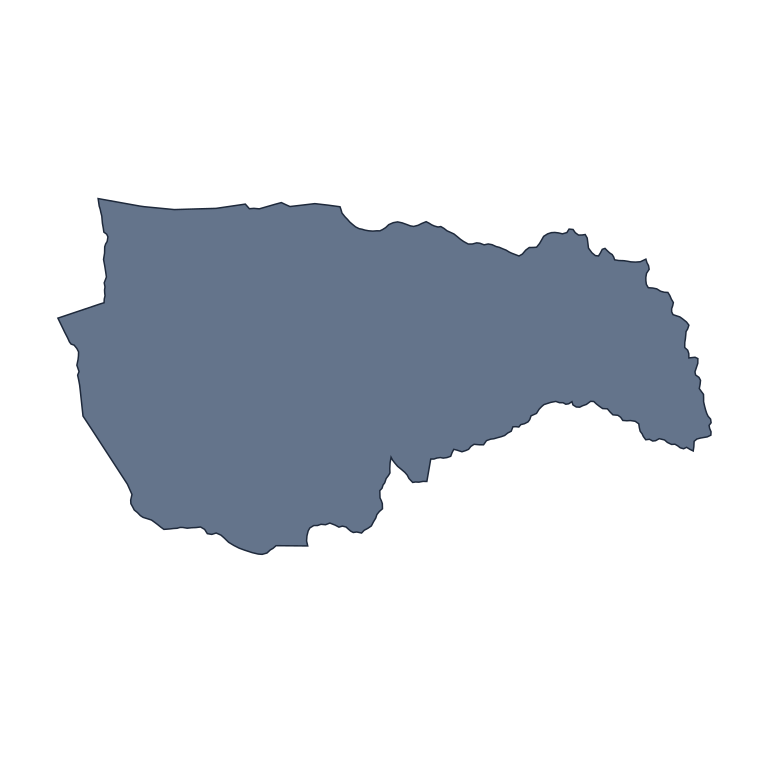 outline of Ibitiara, Bahia, Brazil, rotated 183°
{"feature_id": "56859067B85729192987981", "entity_name": "Ibitiara", "entity_type": "district", "adm_level": 2, "iso_a3": "BRA", "parent_name": "Brazil", "parent_adm1": "Bahia", "projection": "orthographic", "projection_center": [-42.366, -12.553], "detail": "fine", "context": "isolated", "style": "filled", "palette": "slate", "viewbox_px": 768, "rotation_deg": 183, "n_neighbors": 0, "source": "geoboundaries", "source_scale": "gbopen_adm2", "svg_char_len": 4952}
<svg xmlns="http://www.w3.org/2000/svg" viewBox="0 0 768 768"><g transform="rotate(183 384 384)"><path d="M669.6,489.6L668.9,486.6L667.7,480.9L666.8,476.3L668.7,470.4L667.7,466.3L668.0,463.3L667.7,460.3L667.2,457.5L667.8,454.3L667.8,450.5L671.7,449.1L713.1,432.7L707.2,422.0L705.8,419.4L702.3,413.4L700.4,409.7L698.6,407.5L695.5,406.6L692.6,403.4L690.7,400.1L690.6,396.0L690.8,392.5L691.7,386.7L690.5,383.7L689.2,380.4L690.4,376.8L689.1,372.0L687.9,367.0L687.1,362.3L682.9,336.2L677.8,329.3L672.6,322.2L635.0,270.5L629.9,260.5L630.9,254.8L630.5,251.2L628.5,248.0L626.8,245.1L623.5,242.7L620.4,239.8L617.6,238.2L613.3,237.1L609.1,236.0L605.7,233.8L602.6,231.7L599.3,229.3L596.2,227.3L590.7,228.0L586.5,228.7L583.0,229.1L580.2,230.1L577.4,230.2L573.0,229.7L568.5,230.4L564.2,230.8L559.7,231.6L555.5,229.4L552.6,225.3L548.1,224.8L543.8,226.4L539.0,224.6L535.8,222.1L530.9,217.8L525.5,214.9L520.1,212.5L514.6,210.8L510.5,209.7L506.8,208.7L500.8,207.6L496.8,207.5L492.0,209.1L488.8,212.4L486.3,214.0L483.3,216.9L451.7,218.3L453.1,223.2L453.0,228.3L452.0,233.4L450.5,236.4L446.7,239.0L443.0,239.2L439.6,240.6L435.0,240.4L430.8,242.3L425.4,240.5L421.5,238.7L418.1,239.9L414.4,239.2L412.0,237.2L409.5,235.3L406.9,234.1L403.5,234.8L398.6,234.0L396.1,236.9L392.6,239.0L389.2,241.6L387.3,245.8L385.2,249.7L384.3,253.2L381.9,256.5L379.0,259.3L379.4,264.5L380.6,267.4L382.0,270.0L382.3,273.5L382.6,277.3L380.5,279.8L379.7,283.0L378.1,285.4L376.9,289.7L374.8,292.8L373.4,295.5L373.8,299.8L373.8,305.6L373.1,311.2L371.5,308.5L369.4,306.0L366.1,302.5L362.0,299.5L358.5,296.8L356.0,294.2L354.1,290.9L350.2,287.2L347.4,287.8L344.0,287.8L339.9,288.8L336.1,288.9L333.4,311.5L330.1,311.7L327.4,312.8L323.9,313.5L321.0,313.1L317.3,313.8L313.6,315.3L312.4,319.1L310.9,322.4L307.8,321.8L302.6,320.4L298.9,321.8L296.1,323.2L294.0,326.2L290.9,328.5L285.8,328.3L281.4,328.5L278.7,332.8L274.6,334.5L271.3,335.1L267.9,336.3L264.2,337.5L260.8,338.9L257.9,341.5L254.5,343.5L253.0,348.0L250.0,348.3L247.1,348.1L245.3,350.6L241.6,351.7L238.2,353.7L236.6,356.1L235.5,359.9L230.2,362.6L227.8,366.9L225.4,369.7L223.2,371.8L220.1,373.0L216.4,374.4L211.5,375.6L207.8,374.5L204.2,374.7L201.4,373.3L198.5,373.9L195.4,376.2L194.2,373.0L190.8,371.1L187.3,371.1L184.5,372.7L180.8,374.2L176.8,377.5L173.6,377.5L170.9,375.2L167.9,373.1L164.4,370.9L159.6,370.9L156.6,367.7L153.8,365.2L148.8,365.0L146.0,363.2L143.6,360.1L139.5,360.0L136.0,360.4L131.2,359.9L127.5,357.6L126.7,353.6L125.7,350.2L123.6,347.7L122.3,345.2L119.7,342.0L116.0,342.7L112.7,341.1L109.8,341.6L106.3,343.8L100.9,342.8L98.0,340.5L93.7,338.7L90.3,339.1L87.4,337.6L84.8,335.8L81.4,335.0L78.5,336.6L75.0,334.7L71.7,333.3L71.3,337.5L71.3,343.0L68.7,345.4L65.1,346.6L58.4,348.1L54.9,350.0L54.9,353.4L56.5,356.7L57.2,359.7L55.3,362.4L56.0,366.0L58.7,368.8L60.2,371.6L61.5,375.0L62.6,378.4L63.9,383.0L64.1,386.9L64.4,390.4L66.4,392.8L68.9,395.9L68.3,400.4L68.1,404.2L69.8,407.1L73.3,409.3L74.1,412.4L72.8,417.1L71.7,421.1L71.9,425.8L74.8,427.0L80.9,426.0L81.2,430.3L82.5,433.6L85.6,436.2L85.8,441.3L85.4,444.7L85.2,449.0L85.1,452.2L83.7,454.7L82.6,458.7L85.1,461.7L89.4,464.8L92.1,466.5L95.8,467.5L99.0,468.4L100.5,471.1L100.7,474.2L99.8,477.2L99.3,480.5L101.5,483.8L103.2,487.3L105.3,490.3L108.8,490.3L112.6,491.1L116.6,493.3L120.6,493.9L125.1,494.0L127.2,497.2L127.9,500.9L128.1,504.2L127.6,508.3L125.2,512.4L126.0,516.0L127.8,519.0L129.0,522.4L134.4,519.5L139.3,518.9L143.9,518.9L146.8,519.3L151.0,519.7L156.1,519.6L160.2,520.1L161.3,522.9L162.9,525.2L165.5,526.7L168.0,528.8L170.4,531.0L173.1,529.9L174.8,526.1L176.5,523.1L179.7,523.3L183.2,525.9L186.9,530.4L187.8,535.5L188.7,540.4L190.9,543.8L193.8,543.2L197.5,542.9L200.9,545.1L203.3,548.2L207.3,548.4L209.3,544.8L213.7,543.3L217.4,544.0L221.3,544.3L224.8,543.9L228.5,542.5L232.3,539.8L234.2,536.0L236.0,532.5L238.8,528.6L242.0,528.2L246.1,527.9L249.5,525.1L252.6,521.0L255.9,518.9L259.9,520.2L263.3,521.3L266.0,522.4L269.1,524.1L272.1,525.1L275.9,526.5L279.1,527.1L283.4,528.8L287.3,529.3L291.3,528.2L295.6,529.6L298.9,529.8L303.2,528.4L307.2,528.2L311.8,530.4L315.2,532.5L318.4,534.9L322.0,537.5L325.5,538.9L329.1,540.3L332.2,542.5L335.5,544.2L338.3,543.6L341.9,544.4L344.8,545.5L347.3,546.9L350.4,548.3L354.7,546.3L358.2,544.3L362.6,542.9L366.0,543.3L369.4,544.4L374.4,545.9L378.9,546.6L383.2,545.6L387.6,543.4L390.5,540.3L393.6,538.1L396.2,536.7L399.3,536.6L403.2,536.1L407.3,536.2L411.2,536.7L414.0,537.4L416.9,537.8L420.6,539.4L424.0,541.9L426.7,544.0L428.9,546.3L431.8,549.0L434.9,552.5L436.1,556.0L437.2,558.7L449.3,559.7L462.5,560.5L487.2,556.3L491.1,557.8L496.0,559.8L502.4,557.7L517.7,552.4L523.2,552.6L527.6,552.0L531.9,556.4L560.9,550.6L579.6,549.1L602.5,547.2L606.9,547.4L632.4,548.5L637.1,548.9L679.2,554.2L677.7,546.7L676.6,543.8L675.7,540.4L674.6,536.9L674.2,533.9L673.6,529.7L672.5,525.0L671.7,521.0L668.8,519.1L667.4,516.5L667.9,511.9L669.3,509.3L670.1,506.4L669.9,500.1L670.6,493.7L669.6,489.6Z" fill="#64748b" stroke="#1e293b" stroke-width="1.5"/></g></svg>